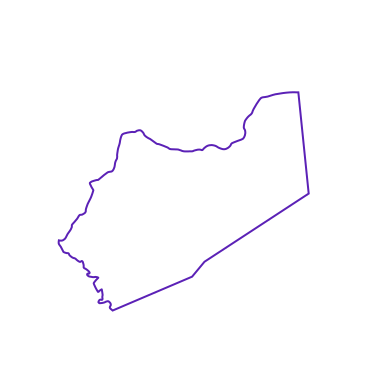 Virginia, Lempira, Honduras, rotated 130°
{"feature_id": "27666195B15958478050102", "entity_name": "Virginia", "entity_type": "district", "adm_level": 2, "iso_a3": "HND", "parent_name": "Honduras", "parent_adm1": "Lempira", "projection": "albers", "projection_center": [-88.553, 14.007], "detail": "fine", "context": "isolated", "style": "outline", "palette": "violet", "viewbox_px": 384, "rotation_deg": 130, "n_neighbors": 0, "source": "geoboundaries", "source_scale": "gbopen_adm2", "svg_char_len": 6033}
<svg xmlns="http://www.w3.org/2000/svg" viewBox="0 0 384 384"><g transform="rotate(130 192 192)"><path d="M118.2,101.6L47.3,174.6L50.9,179.0L52.1,180.3L52.9,181.2L55.4,183.7L57.3,185.5L59.0,187.0L61.9,189.5L62.7,190.2L63.5,190.9L65.6,192.4L70.3,195.4L71.0,196.0L72.2,197.0L73.7,198.4L74.2,198.8L74.8,199.2L75.4,199.4L75.8,199.6L76.4,199.6L78.4,199.6L80.3,199.4L83.1,199.1L86.6,198.5L88.4,198.2L89.3,198.0L90.8,197.6L92.3,197.0L93.1,196.8L93.7,196.8L94.1,196.7L94.6,196.8L95.0,196.8L96.2,197.1L96.8,197.2L97.6,197.3L98.7,197.4L100.1,197.4L101.9,197.3L102.7,197.2L103.4,197.1L104.0,196.9L104.6,196.6L105.5,196.2L106.6,195.6L107.8,194.9L108.5,194.4L109.0,194.0L109.5,193.6L109.7,193.2L109.9,192.9L110.1,192.3L110.3,191.8L110.5,191.3L110.8,190.8L111.3,190.3L111.8,189.7L112.3,189.3L112.8,188.9L113.9,188.3L114.8,187.8L115.3,187.7L116.1,187.4L116.7,187.3L117.4,187.2L117.9,187.2L118.4,187.2L118.8,187.3L119.2,187.5L120.3,188.0L123.7,190.0L127.0,191.8L128.8,192.7L129.3,192.8L129.8,192.8L130.4,192.8L131.2,192.5L131.9,192.4L132.8,192.4L133.5,192.5L134.7,192.7L135.8,193.1L136.8,193.5L137.3,193.8L137.6,194.0L138.2,194.5L138.6,194.9L139.0,195.4L139.5,196.2L139.9,197.1L140.4,198.4L140.8,199.6L141.1,200.9L141.3,202.7L141.5,203.3L141.7,204.0L142.2,205.1L142.7,206.0L143.4,207.1L144.1,207.8L144.9,208.6L145.8,209.3L146.5,209.7L147.6,210.2L148.7,210.5L150.3,210.8L151.0,210.9L151.9,210.9L152.4,210.9L153.1,211.0L153.3,211.2L153.5,211.3L153.7,211.6L153.8,211.9L154.0,212.4L154.4,213.1L155.0,213.9L155.5,214.4L156.0,214.9L157.9,216.3L159.1,217.1L160.2,217.6L160.5,217.9L160.8,218.1L161.3,218.7L162.7,220.3L165.1,223.1L165.8,224.0L166.3,224.8L166.6,225.4L166.9,225.9L167.0,226.4L167.3,227.3L167.6,228.0L168.1,229.3L168.5,230.2L169.0,230.8L170.7,233.0L172.8,235.7L173.0,236.2L173.2,236.5L173.4,237.0L173.5,238.3L173.6,239.3L174.5,242.1L174.9,243.4L175.4,244.8L176.4,247.6L176.9,248.6L177.5,249.5L177.7,250.0L177.8,250.7L178.0,253.8L178.3,258.0L178.4,258.6L178.8,260.0L178.9,261.0L179.1,262.1L179.1,263.1L179.1,264.1L179.0,265.0L178.8,265.4L178.4,266.4L178.1,267.0L177.9,267.8L177.8,268.7L177.7,269.5L177.7,270.1L177.8,270.7L177.9,271.1L178.2,271.6L178.7,272.2L179.3,272.7L179.9,273.1L180.3,273.4L180.7,273.6L181.1,273.7L181.8,273.9L182.2,274.0L182.5,274.2L182.8,274.4L183.4,275.0L184.2,276.1L184.7,276.7L186.0,277.9L188.0,279.6L189.7,280.8L190.6,281.5L191.6,282.0L192.3,282.3L193.0,282.4L193.3,282.4L193.7,282.3L194.7,282.0L195.3,281.8L196.7,281.2L198.5,280.3L200.3,279.2L201.2,278.7L202.7,278.0L205.2,277.0L206.5,276.4L207.4,275.9L209.7,274.5L211.3,273.5L212.1,272.9L212.9,272.1L213.5,271.7L214.4,271.1L214.8,270.9L215.3,270.8L216.8,270.5L218.0,270.1L219.3,269.5L221.2,268.3L222.6,267.5L223.4,267.2L224.0,267.0L224.9,266.7L225.5,266.6L226.3,266.5L226.9,266.5L227.5,266.6L227.9,266.8L228.3,267.0L228.6,267.3L229.4,268.0L230.1,268.6L230.7,269.0L231.4,269.3L235.6,270.3L242.9,271.6L243.2,271.8L244.1,272.7L244.9,273.3L246.4,274.3L248.0,275.3L248.6,275.6L249.2,275.8L250.0,276.0L250.5,276.1L250.8,276.0L251.0,275.8L251.2,275.6L251.4,275.3L252.2,273.5L253.0,271.7L253.3,270.7L253.8,269.3L253.9,269.0L254.1,268.7L254.5,268.5L256.1,267.8L257.3,267.3L260.3,266.2L261.6,265.8L263.2,265.4L265.4,264.9L267.1,264.5L268.3,264.2L269.7,263.7L271.8,262.9L273.2,262.3L273.9,261.9L274.9,261.1L275.4,260.8L275.9,260.7L276.5,260.6L277.3,260.7L278.6,261.1L279.4,261.4L279.9,261.6L280.4,262.0L280.8,262.4L281.3,262.9L281.5,263.1L282.0,263.3L282.5,263.3L283.2,263.3L284.9,263.0L285.5,262.9L286.2,262.8L290.6,262.8L293.0,262.9L294.0,262.9L294.4,262.8L294.6,262.7L294.9,262.5L295.5,262.0L295.9,261.7L296.2,261.5L297.5,261.1L298.6,260.8L299.4,260.7L300.1,260.6L302.8,260.4L304.0,260.3L305.0,260.1L307.1,259.6L308.0,259.4L308.8,259.3L309.8,259.3L310.6,259.5L311.5,259.7L312.2,260.0L312.8,260.4L313.3,260.9L313.9,261.7L314.6,262.9L315.4,262.4L316.0,262.0L316.7,261.4L317.1,261.0L317.4,260.5L317.6,259.9L317.9,258.9L318.2,257.6L318.4,257.0L320.5,252.0L320.5,251.7L320.2,250.6L319.6,249.2L319.3,248.6L318.6,247.8L318.5,247.5L318.4,247.2L318.4,246.9L318.5,246.6L318.9,245.8L319.1,245.4L319.2,245.1L319.2,243.9L319.2,242.6L319.1,241.7L318.9,240.9L318.7,240.2L318.2,239.4L318.1,238.8L318.0,238.1L318.1,236.9L318.1,235.8L318.0,234.7L317.8,233.5L317.7,233.3L317.6,233.0L317.4,232.8L317.2,232.6L316.9,232.5L316.2,232.3L315.9,232.2L315.7,232.0L315.6,231.7L315.6,231.3L315.7,230.9L315.9,230.5L316.5,229.6L317.1,228.7L317.5,228.2L317.9,227.8L318.3,227.4L319.1,226.8L319.4,226.5L319.5,226.1L319.6,225.8L319.6,225.5L319.3,224.4L319.2,223.6L319.1,222.8L319.1,221.7L319.1,220.6L319.1,220.1L319.3,219.3L319.4,218.9L319.6,218.6L319.9,218.4L320.2,218.4L320.5,218.4L320.7,218.5L320.9,218.6L321.1,218.8L321.3,219.2L321.5,219.4L321.7,219.5L321.9,219.5L322.1,219.5L322.3,219.5L322.6,219.3L322.8,219.1L322.9,218.9L323.0,218.4L323.0,217.7L323.0,217.2L322.9,216.8L322.5,215.9L321.5,214.2L321.0,213.3L320.2,212.3L319.7,211.9L319.3,211.6L319.0,211.2L318.7,210.7L318.3,210.1L318.0,209.3L317.9,208.8L318.0,208.7L318.4,208.7L319.7,208.8L320.7,208.9L323.0,208.9L324.5,208.8L324.9,208.7L325.1,208.6L325.3,208.4L325.9,207.3L327.1,204.8L328.1,202.3L328.6,200.8L328.9,199.9L328.8,199.7L328.7,199.6L328.2,199.4L327.5,199.4L326.8,199.3L325.8,199.0L324.8,198.7L324.7,198.6L324.8,198.3L326.4,196.4L328.2,194.4L328.6,194.1L329.5,193.6L330.1,193.2L330.5,192.8L331.1,192.1L331.4,191.8L331.6,191.7L332.0,191.6L332.3,191.6L332.5,191.7L332.6,191.8L332.8,192.0L333.0,192.6L333.3,192.9L333.5,193.1L334.1,193.4L334.4,193.4L334.7,193.4L335.3,193.3L335.6,193.3L336.3,193.0L336.5,192.9L336.6,192.7L336.7,192.2L336.7,191.9L336.7,191.6L336.5,191.2L336.0,190.7L335.0,189.7L333.5,188.5L332.5,187.9L331.1,187.3L330.7,187.0L330.3,186.7L329.9,186.4L329.7,186.2L329.5,185.8L329.4,185.5L329.4,185.2L329.4,184.6L329.5,183.6L329.6,183.2L329.8,182.7L330.0,182.4L330.2,182.1L330.6,181.7L330.9,181.5L331.2,181.4L331.6,181.3L332.4,181.2L332.6,181.1L332.9,181.0L333.1,180.9L333.3,180.7L333.6,180.3L333.7,179.9L333.8,179.1L333.8,177.6L333.8,176.6L256.8,137.5L237.4,137.6L118.2,101.6Z" fill="none" stroke="#5b21b6" stroke-width="2"/></g></svg>